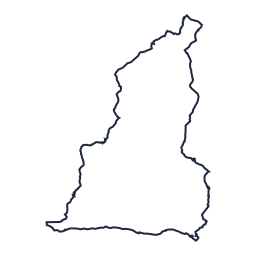 Varghis, Covasna, Romania (Albers equal-area conic projection)
{"feature_id": "2599482B86735407816142", "entity_name": "Varghis", "entity_type": "district", "adm_level": 2, "iso_a3": "ROU", "parent_name": "Romania", "parent_adm1": "Covasna", "projection": "albers", "projection_center": [25.537, 46.156], "detail": "fine", "context": "isolated", "style": "outline", "palette": "slate", "viewbox_px": 256, "rotation_deg": 0, "n_neighbors": 0, "source": "geoboundaries", "source_scale": "gbopen_adm2", "svg_char_len": 5814}
<svg xmlns="http://www.w3.org/2000/svg" viewBox="0 0 256 256"><path d="M46.8,225.1L49.9,226.1L52.9,228.2L53.6,229.8L54.2,230.3L54.6,230.5L56.2,230.1L57.7,230.4L58.3,230.6L59.5,231.6L62.7,231.4L64.3,230.7L64.5,230.0L65.2,229.6L65.5,230.2L65.9,230.1L66.4,229.8L69.6,228.6L71.0,228.4L72.4,228.3L73.6,228.5L75.8,228.4L79.0,228.9L80.2,229.4L82.0,228.9L84.5,228.5L85.9,229.1L87.8,229.2L92.1,228.4L93.2,228.5L94.3,228.8L95.6,228.7L101.0,227.6L102.9,227.8L104.6,227.3L105.5,226.5L109.9,228.1L110.7,228.0L113.8,227.3L118.9,227.9L121.1,228.5L122.0,229.0L123.2,229.1L125.3,228.8L128.8,229.2L132.5,230.2L136.7,232.7L138.9,233.3L139.1,233.3L139.5,232.9L139.5,232.4L144.0,233.6L147.9,233.7L153.6,234.6L157.1,234.8L157.6,234.7L158.9,234.0L159.9,234.0L161.8,232.5L161.8,232.2L162.1,231.7L163.1,231.5L163.9,230.9L165.8,230.7L165.8,230.2L166.0,230.1L168.6,229.5L172.8,229.5L174.5,229.9L174.8,230.2L179.3,231.8L180.7,232.6L184.2,233.9L185.0,234.0L186.0,233.2L188.2,234.3L189.6,235.8L190.2,236.8L191.0,236.3L191.8,235.4L192.1,235.4L192.8,236.3L192.4,237.2L192.1,237.5L193.1,238.6L195.9,240.6L197.4,239.4L198.3,237.9L198.4,237.5L198.0,236.9L197.3,236.4L195.6,235.9L195.8,235.4L196.2,235.0L196.6,235.1L196.8,234.8L196.7,234.3L195.9,233.8L195.6,233.4L195.5,231.7L199.0,229.3L199.4,228.8L199.5,228.1L200.7,227.6L202.5,227.3L202.7,227.0L202.6,226.2L202.9,225.7L204.1,225.0L204.6,224.3L205.5,224.2L205.9,223.2L205.9,221.8L206.6,221.5L206.2,220.7L205.1,220.0L203.4,219.3L202.0,214.6L208.2,206.7L208.5,205.6L207.7,205.2L207.8,204.1L208.5,202.6L208.6,202.0L208.1,199.9L208.8,197.6L208.2,196.2L209.0,195.9L208.8,195.0L208.4,194.4L208.3,194.0L208.7,192.0L208.4,190.6L208.8,189.5L209.4,188.4L208.6,187.0L207.8,187.7L207.2,186.8L206.4,184.5L204.8,181.4L204.5,178.9L204.6,177.8L204.5,176.9L205.0,175.2L207.6,172.4L208.1,171.4L208.6,171.4L207.2,170.1L204.3,167.9L202.9,165.9L202.0,165.3L197.6,163.7L196.0,162.7L195.3,162.0L195.1,161.4L194.7,158.8L194.3,158.5L193.2,158.8L193.0,159.3L192.9,160.3L192.1,159.5L191.3,158.3L191.0,158.1L187.5,157.6L186.7,157.3L185.0,156.1L184.5,155.7L184.4,155.0L184.1,154.5L182.2,152.9L181.8,152.3L181.7,151.7L182.2,151.0L182.2,150.4L181.4,147.5L181.6,146.6L182.5,145.5L183.8,142.2L184.1,141.7L184.7,141.4L184.4,141.0L185.3,138.4L185.2,137.7L185.4,136.0L185.2,134.6L185.4,132.7L185.7,131.4L185.5,129.9L185.7,128.0L185.5,126.0L186.5,124.6L187.7,123.6L188.1,123.0L190.0,121.5L190.2,121.0L189.6,119.6L190.1,117.9L189.9,116.1L189.7,115.6L190.6,114.4L192.6,112.2L192.9,111.3L193.0,110.0L193.3,109.2L194.3,107.9L194.9,106.3L197.0,102.9L197.5,101.8L198.0,99.8L198.6,96.5L197.9,94.4L197.5,93.6L196.0,92.4L192.9,89.5L192.1,89.0L190.1,86.5L190.0,85.3L190.2,84.7L190.7,83.7L192.3,81.9L193.0,80.0L193.0,79.6L192.9,79.2L192.3,78.0L192.5,77.1L192.1,76.3L191.9,74.7L191.4,72.9L191.2,70.2L190.4,68.1L190.1,66.1L190.0,63.6L190.7,62.1L190.8,61.0L190.1,59.1L187.3,53.2L186.8,53.3L184.7,50.2L188.8,47.1L189.2,46.6L190.4,44.3L191.5,43.0L195.9,40.7L196.0,40.2L195.9,39.6L195.7,39.0L195.3,38.4L195.2,34.6L195.3,33.8L195.9,33.2L196.1,32.7L196.2,32.3L196.5,32.0L196.6,31.7L197.2,31.2L197.7,30.5L198.6,30.3L198.6,30.1L198.2,29.8L198.7,29.2L201.1,27.3L201.9,24.9L198.3,21.6L197.6,21.3L190.6,19.4L187.6,16.3L186.9,15.4L186.3,16.0L184.0,17.3L184.0,17.6L184.5,18.1L184.3,18.3L183.4,18.6L183.3,19.2L183.6,19.4L183.5,20.4L183.0,21.2L182.7,22.5L182.7,23.3L183.0,23.5L183.0,24.3L182.5,25.9L181.7,26.7L181.4,27.6L180.7,28.1L180.2,30.3L180.0,31.4L180.2,32.6L179.4,33.3L179.3,33.6L179.0,34.1L176.9,34.3L175.4,33.5L174.8,33.4L173.7,34.0L173.1,33.6L172.7,33.0L170.9,32.2L170.5,31.6L168.2,31.4L167.2,30.9L166.2,32.6L164.9,36.0L164.6,36.3L163.5,36.1L162.3,36.5L158.4,39.2L157.4,39.7L155.9,39.9L155.0,40.6L153.7,41.3L153.4,41.7L153.3,42.0L153.8,43.0L154.0,43.9L151.7,43.4L151.3,46.5L151.9,48.2L151.2,48.9L146.8,50.6L145.1,51.5L142.5,52.1L140.2,52.4L139.4,53.4L138.1,55.9L131.3,61.9L130.2,62.5L127.7,63.1L123.1,67.4L121.9,68.1L118.2,69.7L117.5,70.8L115.6,73.0L115.1,74.8L115.5,75.1L116.4,76.4L116.7,77.2L116.8,79.3L117.1,80.7L117.9,81.6L118.5,83.1L119.0,83.9L119.2,84.5L119.3,86.1L120.9,86.7L121.0,87.9L120.8,90.1L120.3,90.9L120.1,91.2L118.8,91.7L116.6,94.1L118.2,98.6L118.4,100.6L117.9,102.2L116.5,104.5L114.8,108.4L114.3,109.2L114.0,109.2L113.8,110.0L113.9,110.7L114.5,112.1L116.5,115.5L117.5,116.7L118.4,117.5L119.2,117.9L118.3,118.5L116.3,120.9L116.1,121.4L115.8,123.0L114.9,124.2L113.0,126.5L110.1,128.2L109.5,128.8L108.7,130.4L108.6,132.5L108.1,133.4L107.5,135.2L107.4,136.2L107.6,137.0L107.6,137.4L106.9,138.4L106.5,138.5L106.0,139.1L106.0,139.5L105.6,139.6L105.1,139.3L105.4,140.3L105.0,140.6L105.2,141.4L105.0,141.8L104.7,142.0L104.2,141.9L103.7,142.8L102.6,142.7L102.4,143.1L101.8,142.2L99.9,142.8L99.0,142.3L96.0,142.2L95.2,142.6L94.7,143.2L93.3,143.8L92.5,144.4L91.7,144.5L91.4,144.7L91.4,145.1L89.5,145.4L86.1,144.8L83.3,145.0L82.5,145.9L81.4,146.8L81.1,148.4L80.5,149.4L80.4,151.1L80.9,151.8L81.0,154.0L81.1,154.4L81.5,154.7L82.1,157.8L82.9,159.6L83.0,160.7L83.5,161.5L83.6,163.3L83.8,164.0L83.6,165.0L83.0,165.7L81.4,166.8L80.5,167.9L80.2,168.6L79.4,169.3L79.6,171.1L80.6,174.4L79.8,176.9L80.1,177.3L80.2,177.6L79.5,181.5L79.8,183.0L80.5,184.2L80.6,185.9L79.6,186.5L79.2,187.3L78.6,187.7L77.9,188.8L77.4,188.9L76.8,189.7L75.9,190.1L75.3,191.4L74.6,191.7L74.9,192.2L74.4,192.8L74.2,192.9L74.6,193.2L74.7,193.8L74.1,193.9L74.1,194.3L73.4,194.4L73.3,195.0L72.8,195.0L72.9,195.4L73.3,195.8L73.7,196.3L74.2,196.2L74.4,196.5L73.9,196.6L73.3,197.1L72.0,198.7L71.3,199.3L71.0,199.8L70.7,201.2L69.7,202.6L68.1,203.2L67.4,204.2L67.1,205.2L67.3,206.1L67.1,207.4L67.4,208.1L67.4,208.5L67.3,210.7L67.0,212.2L66.6,213.2L64.9,214.5L66.1,215.9L66.8,216.9L66.4,217.7L66.1,217.9L65.7,219.0L64.5,219.2L64.1,219.5L63.2,219.7L63.0,220.0L62.2,220.4L61.9,221.0L60.9,221.6L60.3,221.6L59.5,222.0L46.6,222.2L46.8,225.1Z" fill="none" stroke="#1e293b" stroke-width="2"/></svg>